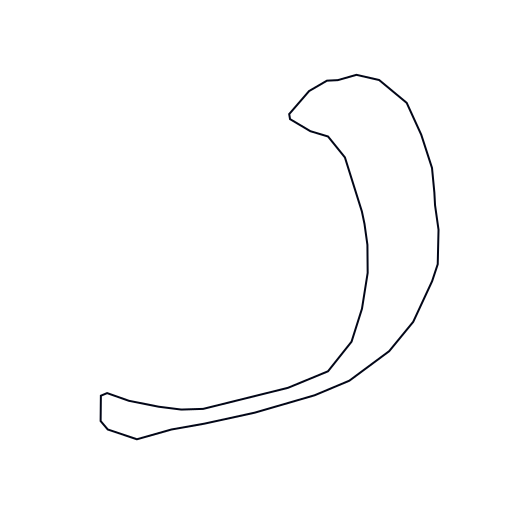 Lekinoch, Federated States of Micronesia, rotated 345°
{"feature_id": "79324940B50193929074024", "entity_name": "Lekinoch", "entity_type": "district", "adm_level": 2, "iso_a3": "FSM", "parent_name": "Federated States of Micronesia", "parent_adm1": "", "projection": "natural_earth1", "projection_center": [153.813, 5.505], "detail": "fine", "context": "isolated", "style": "outline", "palette": "ink", "viewbox_px": 512, "rotation_deg": 345, "n_neighbors": 0, "source": "geoboundaries", "source_scale": "gbopen_adm2", "svg_char_len": 676}
<svg xmlns="http://www.w3.org/2000/svg" viewBox="0 0 512 512"><g transform="rotate(345 256 256)"><path d="M369.8,240.4L369.1,253.1L366.5,274.1L359.5,301.2L344.7,334.4L326.1,363.5L295.7,386.0L252.8,391.6L165.4,390.0L144.1,385.0L123.0,376.4L95.8,363.0L76.7,349.9L70.0,350.8L63.2,375.2L67.9,385.2L93.5,402.2L129.4,401.7L162.9,404.6L214.3,407.0L276.6,405.7L313.9,400.6L360.0,382.4L390.8,360.3L419.6,325.9L429.4,311.0L439.1,277.9L442.1,253.2L444.7,240.9L448.8,216.5L447.0,181.6L441.2,147.1L420.5,117.9L399.9,107.0L380.5,107.3L369.9,105.0L350.0,110.4L324.8,127.5L324.3,132.6L340.8,149.5L356.5,159.2L367.4,183.8L369.8,240.4Z" fill="none" stroke="#020617" stroke-width="2"/></g></svg>